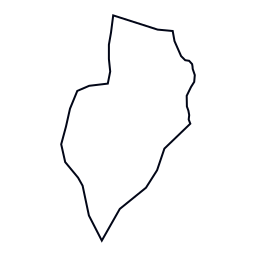 SVG path tracing the border of Kinkkale
{"feature_id": "TUR-3019", "entity_name": "Kinkkale", "entity_type": "Province", "adm_level": 1, "iso_a3": "TUR", "parent_name": "Turkey", "parent_adm1": "", "projection": "mercator", "projection_center": [33.764, 39.803], "detail": "fine", "context": "isolated", "style": "outline", "palette": "ink", "viewbox_px": 256, "rotation_deg": 0, "n_neighbors": 0, "source": "natural_earth", "source_scale": "10m", "svg_char_len": 565}
<svg xmlns="http://www.w3.org/2000/svg" viewBox="0 0 256 256"><path d="M101.8,240.6L88.9,215.5L82.6,185.7L78.1,177.7L65.2,162.1L61.2,144.3L66.0,126.5L70.0,108.7L77.3,90.9L89.2,85.8L107.8,83.6L110.2,71.5L108.9,59.0L108.9,44.7L111.0,32.6L113.2,15.4L157.6,29.6L172.7,31.0L174.5,41.1L181.1,56.1L185.2,60.2L189.1,60.8L192.1,64.1L192.5,66.4L192.7,68.9L194.8,75.1L194.2,81.9L191.0,87.0L186.7,95.8L186.9,106.5L188.4,110.7L189.2,115.1L188.7,119.5L190.3,123.7L164.4,148.6L157.1,170.2L146.0,187.7L119.8,208.9L101.8,240.6Z" fill="none" stroke="#020617" stroke-width="2"/></svg>